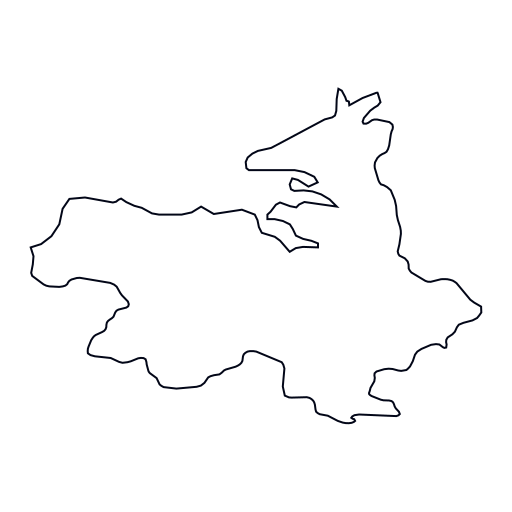 SVG path tracing the border of Sligo
{"feature_id": "IRL-728", "entity_name": "Sligo", "entity_type": "County", "adm_level": 1, "iso_a3": "IRL", "parent_name": "Ireland", "parent_adm1": "", "projection": "robinson", "projection_center": [-8.586, 54.193], "detail": "fine", "context": "isolated", "style": "outline", "palette": "ink", "viewbox_px": 512, "rotation_deg": 0, "n_neighbors": 0, "source": "natural_earth", "source_scale": "10m", "svg_char_len": 3996}
<svg xmlns="http://www.w3.org/2000/svg" viewBox="0 0 512 512"><path d="M31.2,272.8L32.8,264.4L33.5,256.2L30.7,247.4L41.1,244.1L51.4,236.2L59.3,224.3L62.6,208.8L69.4,198.9L85.0,197.5L112.9,202.5L116.1,201.7L118.6,199.7L121.1,198.6L126.3,202.1L134.3,205.8L141.7,207.8L152.0,213.4L159.0,214.6L181.6,214.6L191.7,212.4L201.1,206.6L213.8,214.0L241.9,209.7L254.8,214.6L257.5,220.2L258.9,227.1L261.8,232.8L274.8,236.8L280.1,240.7L289.7,251.8L295.8,248.1L303.0,246.9L318.0,247.4L318.0,243.4L311.4,240.8L303.1,238.9L295.9,235.6L292.8,229.0L289.9,224.4L282.9,221.0L274.5,219.1L267.4,219.1L267.4,214.6L270.5,211.8L275.9,204.7L280.0,202.5L290.1,206.2L296.3,207.4L299.1,204.5L304.4,202.0L336.8,206.6L329.6,199.4L321.2,194.4L312.4,191.4L303.6,190.4L294.3,190.9L291.0,189.3L289.7,184.4L292.2,178.4L297.9,179.9L308.5,186.6L317.7,182.4L314.3,176.8L304.5,172.1L294.5,170.1L248.9,170.1L246.4,168.2L245.7,162.0L247.7,157.5L252.4,153.6L257.9,150.9L271.2,147.9L324.7,119.4L332.2,117.4L335.0,115.5L336.3,110.9L336.7,99.0L338.4,88.8L341.8,90.7L345.2,97.1L346.5,100.8L348.3,101.3L348.9,101.6L349.3,105.3L362.6,98.0L376.3,92.8L377.5,92.7L377.8,93.4L380.5,102.2L377.7,105.6L374.3,107.6L370.2,110.7L363.9,118.0L362.6,121.7L363.5,123.6L366.1,123.7L368.3,122.8L372.0,120.2L374.3,119.5L377.0,119.5L389.4,122.1L392.4,124.6L392.9,127.0L392.6,129.1L391.6,131.3L390.8,134.3L389.2,145.4L388.0,149.2L386.5,151.8L384.5,153.1L382.2,154.1L379.7,155.7L377.4,158.0L375.0,162.4L374.6,165.5L374.8,168.1L378.4,180.2L379.5,182.5L381.0,184.4L383.7,185.2L387.1,187.1L390.8,190.3L394.7,199.8L396.1,206.0L396.8,215.0L397.9,220.1L400.1,226.9L400.8,230.7L400.9,233.9L399.4,244.3L397.7,251.4L398.3,253.8L399.4,255.6L404.8,258.3L407.7,261.5L408.6,264.6L408.7,268.6L409.9,270.7L411.4,272.5L425.4,280.9L427.8,281.7L430.7,281.8L441.1,279.2L444.0,279.1L447.2,279.2L450.1,279.8L452.7,280.6L454.7,281.8L456.5,283.1L470.3,299.7L474.2,302.6L481.1,306.6L481.3,312.5L479.1,315.6L477.1,318.0L472.5,320.4L463.5,322.8L458.8,324.7L456.9,327.3L454.9,331.7L452.4,334.3L447.7,337.4L446.3,339.8L446.1,342.1L446.6,344.5L446.2,347.5L444.4,347.9L442.9,347.2L439.4,344.5L436.0,344.1L431.1,344.8L421.5,348.9L417.3,351.6L415.0,354.7L412.8,361.2L410.0,366.5L407.8,368.8L406.4,370.0L401.2,370.9L398.2,370.5L392.6,369.0L388.6,368.7L384.2,369.2L376.5,371.5L374.6,373.3L374.4,375.3L374.8,377.9L374.3,381.3L370.5,387.9L369.8,390.8L369.0,393.1L369.2,394.2L369.9,394.9L371.5,396.0L380.8,399.7L383.5,400.3L389.1,400.5L391.6,401.1L393.1,402.4L394.0,404.3L394.7,406.5L395.8,408.4L398.9,411.7L399.8,414.0L398.5,415.3L396.3,416.1L359.1,414.5L354.4,415.2L352.2,416.5L351.3,417.8L352.7,418.8L354.2,419.2L355.1,420.9L353.9,421.9L351.7,422.8L348.8,423.2L345.7,423.1L342.8,422.6L337.8,420.9L327.8,415.7L319.7,414.2L317.7,413.1L316.1,411.7L315.5,409.4L314.9,404.7L314.2,402.4L313.2,400.7L311.5,399.1L309.5,397.9L306.8,397.2L291.5,397.6L289.0,397.4L284.8,395.6L282.8,386.5L284.4,368.5L283.3,364.7L281.7,362.2L256.3,351.6L253.2,351.1L250.0,351.1L247.5,351.6L245.4,352.8L243.8,354.3L243.0,356.3L242.4,360.9L241.4,362.8L239.8,364.4L237.9,365.6L235.6,366.7L225.9,369.5L224.1,370.4L221.6,372.8L219.4,374.4L214.0,375.2L210.5,376.2L208.2,377.4L204.4,382.9L200.9,385.6L196.6,386.8L176.4,388.6L163.6,387.1L161.3,385.8L159.6,384.4L156.6,378.1L149.8,373.1L148.8,371.8L148.4,370.9L146.7,364.5L146.4,362.0L145.6,359.3L143.6,358.1L140.9,357.9L138.2,358.3L130.8,361.3L127.5,362.2L122.5,362.8L119.1,361.9L110.7,358.0L94.9,356.3L90.5,355.1L87.9,353.3L87.7,351.1L87.9,348.7L88.6,346.5L91.2,340.2L92.9,337.6L94.1,336.2L95.7,335.0L102.2,332.0L104.2,330.8L105.6,329.1L106.3,327.1L106.4,324.8L106.9,322.5L108.1,320.9L109.9,319.5L111.9,318.2L113.5,316.7L115.2,312.5L116.5,310.7L118.4,309.6L126.3,307.6L128.2,306.3L128.8,304.2L127.9,301.5L122.0,295.4L120.2,292.9L116.7,286.7L114.1,284.6L110.2,282.9L79.8,277.8L76.8,278.0L71.5,279.5L69.4,280.8L68.1,282.4L67.2,284.2L65.4,285.6L62.8,286.4L59.3,286.9L49.4,286.4L46.3,285.7L43.6,284.4L32.2,275.9L31.2,272.9L31.2,272.8Z" fill="none" stroke="#020617" stroke-width="2"/></svg>